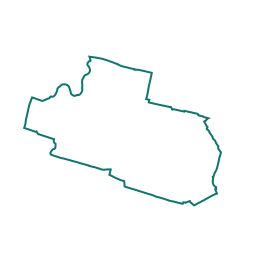 outline of Strejesti, Olt, Romania, rotated 193°
{"feature_id": "2599482B96898604937007", "entity_name": "Strejesti", "entity_type": "district", "adm_level": 2, "iso_a3": "ROU", "parent_name": "Romania", "parent_adm1": "Olt", "projection": "albers", "projection_center": [24.239, 44.525], "detail": "fine", "context": "isolated", "style": "outline", "palette": "teal", "viewbox_px": 256, "rotation_deg": 193, "n_neighbors": 0, "source": "geoboundaries", "source_scale": "gbopen_adm2", "svg_char_len": 5592}
<svg xmlns="http://www.w3.org/2000/svg" viewBox="0 0 256 256"><g transform="rotate(193 128 128)"><path d="M181.6,188.8L180.6,187.2L180.0,186.1L179.9,185.6L179.8,185.2L179.7,184.8L179.9,184.6L180.4,184.6L180.9,184.3L181.2,184.0L182.0,182.0L182.0,181.0L181.7,180.5L181.5,180.2L180.9,179.6L180.5,179.4L179.6,178.6L178.9,177.6L178.2,176.4L178.0,175.5L178.0,174.8L178.1,174.1L178.3,173.1L178.7,172.5L179.2,171.7L179.9,171.1L180.9,170.4L181.9,169.5L182.2,169.0L182.5,168.0L182.7,167.4L182.8,166.9L182.7,166.6L182.8,166.3L183.0,165.8L183.2,165.3L183.4,164.7L183.4,163.8L183.2,163.1L183.1,162.8L183.0,162.6L183.0,162.2L182.9,161.8L182.8,161.2L182.7,160.9L182.4,160.4L182.3,160.2L182.2,159.5L182.0,158.8L181.8,157.7L181.8,157.2L181.8,156.7L181.7,156.3L181.3,155.8L181.1,155.0L181.0,154.1L181.1,153.2L181.2,152.8L181.5,151.7L182.1,150.5L182.8,149.6L183.5,149.0L184.1,148.8L184.7,148.8L185.4,148.4L186.2,147.8L187.1,147.4L188.0,147.2L189.3,147.6L190.5,148.0L191.2,148.6L191.8,149.6L192.3,150.8L192.8,151.7L193.5,152.9L194.2,154.0L194.7,154.8L195.1,155.2L195.7,155.6L196.9,156.2L197.5,156.3L199.0,156.4L200.5,156.1L201.6,155.7L202.5,155.0L203.8,153.0L205.0,151.8L205.6,150.5L205.5,149.5L205.4,148.6L205.6,147.0L206.0,145.7L206.1,144.8L206.3,144.3L206.7,143.4L207.3,142.5L208.2,141.6L208.9,141.4L209.7,141.4L210.1,141.4L210.8,140.8L210.9,140.3L211.6,139.1L213.6,138.0L214.9,136.8L216.4,135.9L217.1,135.3L217.5,135.2L218.1,135.1L228.3,136.2L229.4,127.9L229.3,117.1L229.3,112.6L228.9,109.4L229.1,105.7L229.2,104.7L224.8,104.3L218.3,103.6L217.8,103.5L217.3,103.6L216.8,103.8L216.4,104.1L215.8,103.4L214.4,102.1L214.1,101.9L213.6,101.8L213.1,101.8L211.7,101.7L200.6,100.7L198.4,100.5L197.6,100.5L197.6,99.8L197.6,99.1L197.5,98.8L196.7,97.3L196.5,97.1L196.3,97.0L195.9,96.7L195.4,96.5L195.1,96.4L194.9,96.0L194.6,93.9L194.4,93.3L194.4,92.6L194.4,92.1L194.7,91.5L195.0,91.1L195.6,90.9L196.1,90.5L196.5,90.1L197.0,89.3L197.3,88.5L197.8,87.5L197.9,86.9L198.0,86.5L197.9,86.0L197.8,85.5L197.4,84.8L193.2,84.2L192.0,84.2L191.1,84.1L189.3,83.9L186.4,83.7L184.7,83.8L179.6,83.6L177.3,83.6L176.2,83.5L175.5,83.4L175.2,83.3L174.9,83.3L174.1,83.4L164.4,82.9L157.9,82.6L157.0,82.5L157.0,82.3L155.4,82.3L152.7,82.2L152.6,82.3L152.4,82.4L149.4,82.1L148.7,82.1L147.2,82.0L146.4,81.8L145.4,81.7L144.4,81.7L143.6,81.8L143.2,81.7L142.6,81.8L141.5,82.0L141.2,82.2L140.8,82.4L138.4,83.1L137.4,83.4L136.3,83.7L135.5,83.7L135.6,78.2L135.2,78.1L134.9,78.2L133.5,77.7L132.5,77.5L130.9,77.0L129.1,76.7L128.1,76.4L127.8,76.4L127.1,76.3L125.2,75.9L123.7,75.6L122.8,75.5L121.7,75.5L121.5,75.4L121.2,75.5L120.5,75.5L120.2,75.4L119.8,75.4L119.6,74.9L118.1,70.3L116.3,70.0L107.9,69.5L102.8,69.1L96.5,68.6L92.6,68.3L90.9,68.3L88.4,68.0L86.3,67.6L86.1,67.5L85.3,67.4L83.3,67.4L78.3,67.2L75.5,66.9L74.4,66.9L74.0,66.8L73.8,66.7L72.3,66.7L72.0,66.6L71.9,66.5L71.5,66.5L70.5,66.5L69.0,66.5L67.2,66.6L65.4,66.6L63.7,66.5L62.9,66.5L62.6,66.4L61.6,66.4L60.6,66.5L59.7,66.5L58.5,66.4L57.6,66.5L57.3,68.1L55.9,68.3L55.7,68.2L55.4,68.0L55.2,68.2L53.2,69.5L51.8,70.4L51.5,70.5L51.2,70.7L50.9,70.3L50.8,70.0L50.7,69.8L46.2,67.5L45.5,68.0L45.0,68.4L44.2,69.2L43.4,69.9L42.7,70.5L41.8,71.3L40.5,72.3L40.3,72.5L39.9,73.0L39.5,73.4L39.1,73.7L38.6,74.1L37.4,75.0L36.7,75.8L35.5,76.8L34.4,77.8L33.4,78.7L32.3,79.7L31.3,80.6L28.2,83.1L26.8,84.0L26.6,84.1L27.6,85.6L27.8,85.9L29.2,87.8L29.3,88.0L29.1,88.2L28.4,88.5L28.7,89.1L28.7,89.5L28.8,89.7L28.9,90.2L29.6,90.3L30.8,91.0L31.6,91.6L32.0,92.0L32.9,93.5L33.1,93.9L33.2,94.1L33.3,94.5L33.3,95.0L33.4,95.5L33.6,95.8L33.7,96.4L33.8,97.4L33.7,97.8L33.8,98.0L33.9,98.7L34.1,99.1L34.2,99.3L33.8,99.3L33.7,99.8L33.7,100.1L33.7,101.1L33.5,102.5L33.5,103.4L33.2,104.5L33.0,105.2L32.4,107.2L32.4,108.3L32.3,108.5L32.2,109.2L32.2,112.0L32.2,114.8L32.2,117.8L32.3,118.7L32.3,119.5L32.1,121.0L32.1,121.5L32.0,123.0L32.0,124.1L31.9,124.8L32.0,125.2L32.3,125.4L32.7,125.7L33.1,126.1L33.2,126.3L33.6,126.6L34.0,126.9L34.6,127.4L35.1,127.9L35.3,128.3L35.6,128.7L35.8,129.4L35.9,129.9L35.9,130.3L36.1,130.3L36.5,130.9L36.6,131.1L37.5,131.9L38.5,132.8L39.0,133.3L39.7,134.5L40.1,135.0L40.4,135.3L41.6,136.1L42.0,136.2L42.3,136.4L42.5,136.6L43.0,137.2L43.6,138.3L44.0,138.7L44.8,139.5L45.1,139.8L45.9,140.4L46.4,140.8L46.9,141.5L47.3,141.7L47.5,141.8L47.7,142.0L47.9,142.6L48.0,142.8L48.3,143.1L49.2,143.8L49.6,144.1L50.2,144.3L50.5,144.4L50.8,144.5L51.1,144.7L50.7,146.9L51.5,147.4L52.1,147.8L52.4,148.1L52.8,148.6L55.2,151.5L54.9,151.8L53.9,152.7L53.5,153.4L53.3,153.9L53.0,154.3L52.8,154.7L52.5,155.1L52.0,155.5L56.9,155.8L57.2,156.1L62.4,156.2L62.5,156.4L62.5,156.6L62.5,156.9L62.7,157.0L63.1,157.3L63.3,157.5L77.0,157.4L77.0,156.6L87.7,156.6L88.8,155.9L89.1,155.9L89.5,156.5L90.5,157.8L90.8,158.0L91.3,158.0L91.5,157.8L92.4,157.8L94.8,157.8L96.2,157.8L98.7,157.8L98.8,157.7L99.2,157.7L108.8,157.6L113.5,157.6L113.6,158.0L113.5,159.1L113.6,160.1L113.6,160.3L116.2,160.2L116.4,160.3L116.9,160.3L116.9,160.5L116.7,162.0L116.6,163.1L116.7,166.1L116.7,167.1L116.8,167.7L116.8,168.0L116.9,169.6L116.9,170.7L116.9,170.8L117.0,171.1L117.1,173.7L117.1,175.0L117.0,175.4L117.1,176.1L117.1,177.7L117.1,181.3L117.2,183.4L117.1,184.3L117.2,186.3L117.3,187.1L119.6,187.1L123.1,187.1L124.0,187.2L128.0,187.1L131.6,187.0L132.1,187.0L132.6,186.7L133.0,186.6L133.4,186.5L134.4,186.3L135.0,186.3L135.0,186.8L138.7,186.7L139.3,186.7L139.7,186.7L141.2,186.8L142.0,186.8L145.5,186.8L146.3,186.8L147.4,186.8L149.0,187.0L152.6,187.7L152.7,187.8L152.8,188.1L153.3,188.0L154.9,188.1L157.8,188.6L162.7,189.1L163.7,189.3L168.5,189.6L169.6,189.6L172.4,189.5L175.1,189.4L180.3,188.9L181.6,188.8Z" fill="none" stroke="#0f766e" stroke-width="2"/></g></svg>